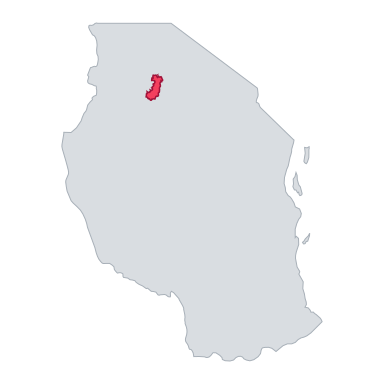 Kwimba, Mwanza, United Republic of Tanzania shown in context
{"feature_id": "72390352B45509194301574", "entity_name": "Kwimba", "entity_type": "district", "adm_level": 2, "iso_a3": "TZA", "parent_name": "United Republic of Tanzania", "parent_adm1": "Mwanza", "projection": "equal_earth", "projection_center": [33.319, -3.038], "detail": "fine", "context": "in_parent", "style": "filled", "palette": "rose", "viewbox_px": 384, "rotation_deg": 0, "n_neighbors": 0, "source": "geoboundaries", "source_scale": "gbopen_adm2", "svg_char_len": 7092}
<svg xmlns="http://www.w3.org/2000/svg" viewBox="0 0 384 384"><path d="M146.3,288.6L142.5,285.9L139.0,284.3L136.2,282.4L134.9,280.7L132.3,280.0L130.0,279.7L127.8,278.1L123.5,277.4L123.0,276.4L122.9,273.9L122.1,273.3L120.6,272.7L118.8,272.7L117.8,273.1L117.2,272.9L115.8,271.4L114.4,269.6L113.9,266.7L111.9,264.9L109.6,263.4L103.2,263.5L102.2,263.1L100.7,261.6L98.9,259.2L97.5,256.4L96.2,252.7L94.9,247.6L87.5,227.3L86.7,223.5L85.3,219.2L82.9,214.0L80.4,210.1L77.0,206.6L73.2,203.1L71.1,200.7L67.1,191.1L66.3,186.7L65.7,182.0L65.9,180.2L68.4,174.2L68.6,172.5L68.3,170.2L67.1,165.5L65.5,159.7L62.4,149.1L61.9,146.5L62.0,144.5L63.8,133.8L63.8,132.3L71.1,132.5L76.5,127.8L81.2,120.8L82.1,117.9L84.0,113.4L85.9,111.1L86.6,109.6L87.7,105.1L90.1,102.0L92.5,99.7L92.0,98.1L92.4,97.5L93.7,96.3L96.3,95.2L96.7,92.8L96.7,90.1L96.3,88.7L96.4,86.9L96.0,86.0L94.3,85.7L91.9,84.4L89.8,83.9L88.4,83.1L87.9,82.5L87.6,80.9L88.8,76.8L87.6,75.1L90.2,68.3L90.7,67.5L91.6,67.4L93.1,66.7L94.5,66.3L95.6,66.6L96.4,66.3L97.1,65.5L97.7,63.2L98.3,59.4L98.0,56.2L96.9,53.8L96.6,50.1L97.1,45.1L96.7,41.0L95.6,37.7L94.3,35.8L92.5,34.8L89.6,29.8L88.7,27.4L88.9,25.8L89.9,25.2L91.7,25.4L93.5,24.8L95.1,23.4L96.7,23.0L97.5,23.3L171.1,23.3L257.1,87.9L257.5,88.7L258.1,94.3L258.0,96.1L256.7,99.3L256.3,101.0L256.3,102.2L256.6,102.6L257.7,102.8L258.7,103.6L259.0,104.2L259.8,106.6L260.7,107.8L293.3,139.5L294.0,140.0L293.6,142.6L291.7,149.1L291.6,151.7L290.8,154.9L290.1,157.0L288.2,166.0L286.7,169.4L284.5,177.4L284.1,183.5L285.3,187.7L285.7,191.7L288.2,195.6L290.2,197.0L291.6,198.8L294.0,202.9L295.3,206.9L299.6,209.0L301.3,213.5L300.7,216.7L298.7,219.3L296.8,223.5L295.2,229.1L295.2,237.6L296.2,236.3L298.5,238.4L298.7,244.6L296.3,251.9L295.6,255.3L295.5,258.3L297.1,267.0L299.7,271.4L299.5,272.8L298.8,274.0L303.2,281.8L302.8,288.6L304.4,293.9L305.1,298.5L306.2,302.0L306.4,304.5L305.0,307.2L308.2,307.9L310.1,310.1L311.0,312.2L313.3,312.1L314.6,313.5L316.4,314.7L320.4,318.3L321.4,320.0L322.1,321.7L310.9,332.9L306.9,335.8L304.0,337.1L301.0,337.9L298.1,339.6L295.3,342.4L291.8,343.8L287.5,343.8L283.0,345.7L276.0,351.5L271.9,348.3L268.6,347.3L264.9,347.4L262.7,347.8L261.9,348.5L261.1,350.4L260.5,353.6L258.1,356.7L253.8,359.7L249.9,360.8L246.3,360.0L243.9,358.8L242.6,357.1L240.7,356.3L238.3,356.4L235.9,357.6L233.6,360.0L230.0,361.0L225.1,360.7L222.4,359.5L222.0,357.6L219.9,355.4L215.9,352.8L213.0,352.7L211.1,355.2L209.4,356.8L207.8,357.4L206.4,357.5L204.4,356.8L199.0,356.5L193.8,356.6L193.2,353.0L192.2,350.9L191.2,349.6L189.5,349.2L189.0,348.2L188.4,346.0L187.5,344.1L186.3,342.5L185.6,341.1L185.4,339.7L185.6,338.2L186.7,334.5L187.0,332.0L186.9,329.4L186.3,326.8L185.1,323.6L185.2,322.7L184.8,320.6L184.8,319.1L185.0,317.2L184.8,314.7L183.7,309.5L183.7,308.1L182.6,305.6L179.1,299.5L179.0,298.7L173.6,292.6L171.4,291.3L170.6,292.5L170.3,293.5L170.5,295.5L170.4,296.4L170.2,296.9L168.9,296.8L168.1,296.6L166.0,294.9L164.4,294.5L160.5,294.8L159.1,295.2L158.0,294.9L155.9,292.1L153.4,291.5L151.2,291.3L147.6,288.2L146.3,288.6ZM300.3,186.8L302.1,193.5L301.8,194.7L300.6,195.5L299.9,195.6L299.1,194.5L298.6,192.2L297.6,192.8L296.0,190.0L294.4,189.9L292.9,186.7L293.5,183.9L293.2,179.1L295.0,176.6L296.0,172.5L297.1,175.3L297.3,179.7L298.8,184.9L300.3,186.8ZM309.1,146.7L309.2,148.3L308.9,149.8L308.9,154.6L308.8,157.7L307.4,162.1L306.3,163.7L305.3,163.2L304.5,162.5L303.9,161.3L305.2,153.3L304.6,147.4L307.1,147.9L309.1,146.7ZM305.1,243.6L303.8,244.0L303.3,243.6L302.5,242.3L303.9,241.2L305.2,239.0L308.3,235.8L309.7,233.2L309.5,235.7L307.7,241.2L306.2,241.5L305.1,243.6Z" fill="#d9dde1" stroke="#a8b0b8" stroke-width="1"/><path d="M162.5,80.1L162.6,79.9L162.5,79.7L162.4,79.5L162.4,79.4L162.3,79.2L162.2,79.1L162.0,78.9L162.0,78.7L161.9,78.4L161.8,78.1L161.7,78.0L161.7,77.8L161.5,77.6L161.4,77.3L161.4,77.2L161.2,77.1L161.1,76.8L161.0,76.7L160.8,76.8L160.8,77.0L160.7,77.0L160.2,76.9L160.1,77.0L159.7,77.1L159.3,77.1L159.2,77.0L159.1,76.9L158.9,76.7L158.7,76.5L158.7,76.4L158.6,76.2L158.5,76.3L158.4,76.6L158.3,76.8L158.2,77.0L157.9,77.1L157.8,77.3L157.7,77.4L157.5,77.5L157.3,77.1L157.2,77.0L157.2,76.9L157.1,76.7L156.9,76.6L156.8,76.3L156.7,75.9L156.7,75.7L156.9,75.4L156.7,75.5L156.5,75.4L156.4,75.4L156.4,75.5L156.2,75.3L156.0,75.2L155.9,75.1L155.2,75.2L154.8,75.3L154.5,75.4L154.2,75.4L153.9,75.4L153.7,75.3L153.4,75.2L153.4,75.4L153.3,75.6L153.1,75.7L153.1,75.8L153.0,76.2L152.9,76.2L152.9,76.3L152.9,76.5L152.9,76.8L153.0,77.1L153.1,77.3L153.1,78.0L152.8,77.9L152.5,77.9L152.4,77.9L152.3,78.2L151.8,78.2L151.8,78.3L152.0,78.6L152.0,78.9L151.8,79.2L151.7,79.4L151.7,80.0L151.8,80.2L151.7,80.3L151.7,80.5L151.8,80.5L152.0,80.5L152.2,80.4L152.3,80.4L152.5,80.4L152.8,80.3L153.1,80.5L153.3,80.5L153.5,80.6L153.9,80.6L154.0,80.6L154.5,80.7L154.7,80.9L154.7,81.1L154.8,81.2L154.8,81.4L154.7,81.5L154.8,81.8L155.0,82.0L154.9,82.2L154.8,82.4L154.8,82.6L154.4,83.3L154.3,83.5L154.2,83.5L153.8,83.8L153.6,83.9L153.4,83.8L153.1,84.0L153.1,84.3L153.3,84.5L153.5,84.8L153.7,85.0L153.6,85.8L153.4,85.9L153.1,86.1L152.9,86.4L152.9,86.5L152.6,86.7L152.5,86.8L152.3,86.9L152.3,87.0L152.2,87.1L152.1,87.4L152.2,87.5L152.3,87.5L152.3,87.8L152.3,88.0L152.2,88.0L152.3,88.2L152.3,88.3L152.2,88.3L152.3,88.4L152.3,88.5L152.3,88.8L152.4,89.0L152.5,89.0L152.5,89.3L152.5,89.5L152.4,89.8L152.3,90.0L151.8,90.2L151.7,90.2L151.7,90.3L151.4,90.5L150.9,90.2L150.7,90.2L150.3,90.0L150.4,90.3L150.6,91.0L150.4,91.5L150.1,91.7L149.9,91.8L149.6,91.8L149.6,92.3L149.3,92.4L148.6,92.5L147.6,92.0L147.4,91.9L147.2,91.8L147.1,91.7L147.1,91.9L147.1,92.1L147.2,92.5L147.3,92.7L147.3,92.8L147.3,93.0L147.2,93.3L147.1,93.6L146.9,93.6L146.7,93.6L146.4,93.9L146.4,95.3L146.2,96.0L146.1,96.7L146.2,96.9L146.2,97.0L146.4,97.0L146.9,97.1L147.2,97.2L147.5,97.5L147.6,97.8L147.7,98.0L147.8,97.9L147.9,98.0L148.0,98.1L148.2,98.5L148.4,98.7L148.5,98.8L148.7,98.7L148.8,98.7L148.9,98.8L149.0,98.8L149.3,98.8L149.3,98.7L149.3,98.8L149.5,98.8L149.6,99.0L149.8,99.2L149.9,99.4L149.9,99.5L150.0,99.6L150.3,99.9L150.4,100.0L150.5,100.2L150.9,100.2L151.1,100.2L151.3,100.2L151.6,99.9L151.7,99.7L151.8,99.6L151.7,99.6L151.8,99.3L151.8,99.2L152.3,99.2L152.7,99.1L153.0,98.9L153.4,98.8L153.7,98.8L154.0,98.8L154.6,98.9L154.6,99.0L154.9,99.0L154.9,98.9L155.0,98.8L155.1,98.7L155.2,98.3L155.4,97.8L155.6,97.4L155.7,97.0L155.8,96.8L155.9,96.6L156.2,96.3L156.3,96.2L156.5,96.2L156.8,96.2L157.0,96.2L157.3,96.3L157.8,96.3L158.0,96.0L158.2,95.7L158.3,95.4L158.5,95.2L158.4,94.8L158.4,94.6L158.4,94.4L158.4,94.0L158.3,93.6L158.3,93.2L158.4,92.9L158.6,92.6L158.8,92.5L159.0,92.5L159.1,92.4L159.3,92.1L159.4,91.8L159.4,91.7L159.4,91.4L159.4,91.1L159.5,90.9L159.5,90.7L159.4,90.6L159.5,90.2L159.5,89.8L159.6,89.5L159.6,89.4L159.5,89.1L159.4,88.8L159.4,88.6L159.5,88.2L159.5,87.8L159.7,87.4L159.7,87.2L159.8,86.9L160.0,86.7L160.3,86.5L160.4,86.2L160.4,85.6L160.2,84.1L159.9,84.0L159.9,83.9L159.9,83.5L159.9,83.3L159.9,83.2L160.2,82.5L160.3,82.5L160.5,82.4L160.7,82.0L160.9,82.0L161.0,81.8L160.9,81.7L161.0,81.4L161.0,81.2L161.1,81.3L161.4,81.3L161.6,81.4L161.6,80.9L162.0,80.7L162.5,80.6L162.6,80.3L162.5,80.2L162.5,80.1Z" fill="#f43f5e" stroke="#9f1239" stroke-width="1.5"/></svg>